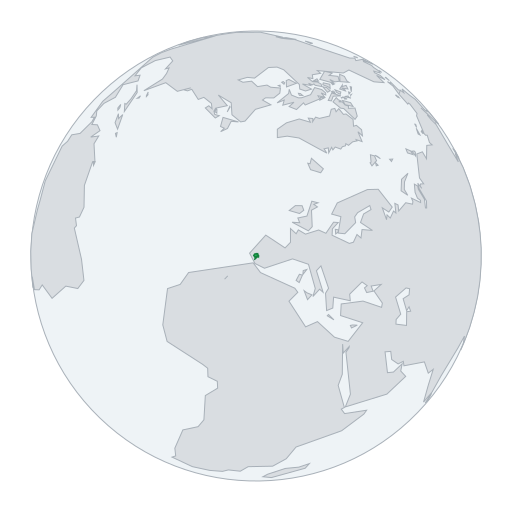 globe centered on Huelva, rotated 44°
{"feature_id": "ESP-5824", "entity_name": "Huelva", "entity_type": "Autonomous Community", "adm_level": 1, "iso_a3": "ESP", "parent_name": "Spain", "parent_adm1": "", "projection": "orthographic", "projection_center": [-6.789, 37.509], "detail": "fine", "context": "on_globe", "style": "filled", "palette": "green", "viewbox_px": 512, "rotation_deg": 44, "n_neighbors": 0, "source": "natural_earth", "source_scale": "10m", "svg_char_len": 10592}
<svg xmlns="http://www.w3.org/2000/svg" viewBox="0 0 512 512"><g transform="rotate(44 256 256)"><circle cx="256" cy="256" r="225" fill="#eef3f6" stroke="#a8b0b8"/><path d="M79.2,395.6L66.5,374.3L61.7,365.3L52.2,348.3L40.2,311.6L40.8,304.4L39.3,296.8L44.3,290.0L44.7,273.4L43.4,268.4L41.1,270.8L38.3,251.2L39.6,236.5L43.6,184.7L46.7,175.5L51.0,166.5L73.9,125.8L53.9,158.0L58.7,148.1L66.6,134.8L67.2,134.6L79.1,118.3L86.4,108.9L103.8,91.9L123.3,80.0L117.9,84.5L123.2,81.6L130.3,76.1L133.6,73.3L161.3,60.4L186.0,48.5L189.6,45.0L192.1,46.1L196.2,40.3L206.9,36.7L197.3,40.9L198.3,41.5L206.8,38.6L209.7,38.7L215.5,37.6L218.1,38.2L212.3,41.2L213.9,41.8L219.9,39.8L226.3,39.6L217.3,42.3L227.6,42.4L219.8,48.8L193.6,57.7L191.7,63.7L171.3,80.0L175.6,79.7L170.6,86.5L173.7,88.9L169.0,91.8L175.6,91.3L179.3,88.2L183.4,87.1L185.6,88.4L180.0,92.1L178.1,92.0L177.6,93.8L173.8,95.2L176.9,95.3L169.9,100.0L180.0,97.4L177.0,102.9L171.5,105.5L168.0,102.5L146.5,102.8L139.9,105.5L134.0,111.8L131.4,129.0L125.7,133.5L120.9,141.7L125.9,140.1L131.4,133.3L139.4,133.1L145.2,125.4L149.3,124.4L156.9,118.2L160.0,122.3L159.0,129.9L153.0,135.6L152.3,139.3L161.7,136.9L153.7,150.9L154.4,166.6L151.8,170.2L140.6,171.1L131.7,163.0L117.1,166.4L130.9,167.8L124.3,177.7L125.1,181.0L128.0,182.8L132.1,180.6L130.8,185.0L116.7,184.7L117.7,180.7L122.1,180.6L117.9,177.2L108.3,178.1L105.7,183.5L94.0,180.7L92.0,184.8L88.3,186.8L92.3,180.3L85.0,192.2L70.7,194.0L60.5,215.0L65.8,193.7L64.9,186.9L62.8,181.1L60.9,184.3L60.6,173.5L56.0,172.6L47.8,185.4L42.8,200.3L43.8,210.4L47.0,206.5L49.5,212.0L41.4,225.1L44.6,239.5L40.6,251.8L40.7,262.2L43.8,266.2L46.6,275.4L50.8,271.8L56.7,274.2L54.5,285.3L59.5,278.9L61.5,287.8L74.5,299.9L72.9,301.5L83.5,324.4L98.4,340.4L101.9,350.6L99.8,354.1L105.8,358.9L105.9,362.1L132.8,379.6L149.2,393.1L150.4,403.2L140.1,409.8L138.7,428.1L122.3,425.3L123.5,431.0L120.0,434.1L109.4,426.3L118.0,433.8L116.8,433.1L103.3,421.6L90.7,409.1L79.2,395.6ZM57.0,221.0L60.9,243.5L55.7,237.4L57.2,237.0L56.9,229.8L55.2,220.0L51.4,215.4L57.0,221.0ZM65.5,215.9L64.5,212.9L65.9,215.0L65.5,215.9ZM134.6,72.2L130.1,76.1L122.7,81.3L126.1,77.9L134.6,72.2ZM149.1,63.6L147.8,65.1L142.0,67.3L144.6,65.8L149.1,63.6ZM191.6,42.9L187.4,44.6L190.5,43.0L191.6,42.9ZM215.8,37.4L216.1,36.9L218.9,36.6L215.8,37.4ZM154.6,116.4L155.7,117.3L153.7,117.9L154.6,116.4ZM156.8,113.0L153.8,113.2L154.4,111.6L156.3,111.5L156.8,113.0ZM225.6,37.3L230.1,37.2L224.6,37.8L225.6,37.3ZM160.5,113.2L155.9,108.8L157.0,106.2L165.1,103.7L160.5,113.2ZM232.1,37.4L243.1,37.6L244.7,36.5L246.4,40.3L236.5,38.6L229.4,39.3L232.9,38.2L232.1,37.4ZM179.5,86.8L175.7,90.0L176.8,86.2L179.5,86.8ZM179.2,84.6L177.0,75.4L183.7,71.6L183.1,75.3L190.2,69.8L194.6,72.4L191.7,76.0L186.5,77.8L192.2,77.5L179.2,84.6ZM245.6,42.7L247.4,43.4L244.4,43.3L245.6,42.7ZM185.1,86.4L184.1,84.7L189.8,81.2L193.0,84.0L190.1,84.2L185.1,86.4ZM189.9,67.2L194.8,65.4L199.7,66.9L202.2,66.5L195.3,72.2L189.9,67.2ZM189.9,85.7L194.5,85.6L193.7,88.5L186.5,87.9L189.9,85.7ZM190.0,79.3L192.9,77.8L192.3,79.5L190.0,79.3ZM193.7,99.5L192.3,97.1L195.2,95.1L193.7,99.5ZM196.2,85.4L196.4,84.4L197.4,83.4L200.2,84.0L196.2,85.4ZM199.3,73.0L200.3,74.2L202.3,70.7L206.1,72.0L200.8,75.7L204.6,74.7L205.8,75.1L200.2,77.7L199.3,73.0ZM205.9,81.8L200.5,87.4L202.5,92.0L199.9,93.9L197.2,86.2L205.9,81.8ZM203.1,79.1L204.3,81.1L200.5,82.3L197.4,81.6L203.1,79.1ZM210.5,71.7L206.1,68.7L207.4,68.1L210.5,71.7ZM207.3,82.8L208.5,81.5L207.8,83.0L207.3,82.8ZM210.4,74.8L208.6,73.7L210.2,73.0L210.4,74.8ZM212.5,79.8L210.8,81.5L208.6,81.0L212.5,79.8ZM212.1,77.3L214.7,76.5L208.9,79.8L211.1,76.9L212.1,77.3ZM212.1,74.2L212.4,73.5L212.6,74.8L212.1,74.2ZM221.9,81.0L215.1,85.2L210.2,84.0L217.5,80.0L221.9,81.0ZM295.9,34.3L292.7,34.7L271.8,34.9L281.1,34.7L281.6,35.6L286.6,36.2L292.9,36.3L292.0,35.7L315.7,42.3L336.2,47.8L328.4,44.0L328.8,43.4L343.4,48.4L360.8,56.6L377.4,66.3L393.2,77.3L394.5,78.3L389.3,74.5L399.3,82.3L401.2,83.8L400.7,83.3L412.7,94.1L423.8,105.7L434.2,118.1L443.6,131.2L452.0,145.0L459.5,159.3L465.9,174.1L468.6,181.5L466.0,175.0L461.6,168.8L465.2,182.1L472.4,213.7L477.2,231.8L478.0,244.7L469.5,228.9L462.2,214.4L461.3,220.6L450.7,215.2L438.7,232.2L435.1,229.4L433.2,234.9L425.5,236.2L419.2,231.0L415.4,235.3L431.6,248.6L435.5,244.0L436.0,232.0L440.0,238.2L447.3,238.6L446.1,264.4L425.1,302.5L419.9,289.8L387.5,262.7L386.7,257.6L386.5,257.1L385.9,256.3L386.2,265.2L379.5,259.2L400.2,281.1L405.0,292.0L424.8,303.6L423.7,306.9L429.2,307.8L442.7,290.1L443.4,294.8L439.0,322.2L417.5,365.6L418.6,380.8L414.0,395.6L396.7,413.0L394.2,421.7L384.7,429.1L381.5,434.2L371.6,442.4L356.6,451.7L335.3,459.0L337.1,455.6L331.1,450.6L324.2,431.9L332.9,419.0L332.3,410.0L316.5,391.6L320.2,377.7L315.2,373.0L305.3,376.2L299.2,370.3L292.9,371.0L251.4,379.2L236.8,370.3L215.0,340.9L221.2,329.1L219.0,314.7L258.7,262.9L270.8,264.8L306.3,252.2L311.3,253.1L311.1,265.6L340.9,272.5L345.8,260.5L368.8,259.9L381.6,253.4L379.1,229.9L358.2,240.1L350.6,231.3L364.3,214.1L382.0,205.7L379.6,202.1L365.1,199.2L365.8,189.5L359.7,197.6L364.7,200.0L361.0,205.4L356.2,203.6L356.6,200.1L350.3,201.0L349.9,218.4L354.9,222.7L340.4,231.7L347.4,240.1L344.7,246.2L331.9,234.5L330.6,228.8L309.6,218.0L309.7,224.6L329.5,235.5L324.8,235.7L325.1,245.6L321.2,238.2L299.5,225.5L284.3,232.7L270.6,258.9L260.5,262.1L249.4,258.4L248.5,234.2L271.3,230.0L271.3,222.2L261.7,212.3L269.4,212.1L268.3,207.8L276.4,205.9L283.0,193.8L290.5,191.1L288.3,177.8L291.9,174.8L292.1,183.4L296.3,188.2L314.4,182.1L316.5,178.4L313.7,170.4L319.0,170.1L313.9,163.3L322.0,156.7L307.9,159.3L304.2,151.0L306.5,142.7L302.8,140.7L299.0,154.2L299.8,159.3L304.5,162.8L304.4,178.3L299.2,182.4L289.7,168.7L281.3,173.3L277.6,161.4L290.0,130.8L297.6,123.1L320.0,126.2L321.0,132.1L313.4,133.6L324.7,139.2L321.7,135.4L326.2,135.4L323.7,128.1L326.8,127.9L319.3,121.7L322.7,120.6L327.4,124.5L326.7,113.7L332.6,110.0L331.0,107.8L327.6,106.4L337.3,103.2L335.7,101.7L331.9,102.2L326.2,99.7L320.0,94.3L323.7,93.4L326.4,95.2L337.8,98.2L344.5,103.7L345.4,102.9L340.4,98.0L326.6,94.2L321.8,91.3L328.3,92.2L325.5,91.6L324.3,89.9L326.5,87.6L319.4,86.3L300.8,70.9L303.3,65.5L311.1,67.6L302.0,57.8L305.5,53.7L302.0,53.9L295.3,50.2L294.1,51.3L291.9,51.2L274.1,43.6L272.8,41.6L261.2,39.8L259.4,40.1L259.7,41.3L246.4,40.3L244.7,36.5L248.9,35.9L245.0,34.4L255.1,33.6L261.7,32.7L275.0,33.6L279.0,33.2L277.0,32.7L281.0,32.4L294.6,34.0L295.9,34.3ZM249.5,289.9L249.5,294.4L249.5,294.5L249.5,289.9ZM404.0,207.8L412.5,201.4L403.1,191.4L405.6,188.3L401.4,186.2L402.3,190.7L391.5,184.5L393.1,177.6L389.2,172.8L386.1,174.8L384.9,188.6L400.5,197.3L400.9,204.3L404.0,207.8ZM74.9,300.1L76.2,303.7L74.0,301.8L74.9,300.1ZM53.4,240.9L55.0,243.9L55.3,247.0L53.8,245.5L53.4,240.9ZM70.4,263.7L73.0,267.6L69.7,265.4L70.4,263.7ZM61.9,246.8L68.3,260.9L62.0,258.0L58.2,249.2L61.7,252.6L61.9,246.8ZM61.6,221.0L62.2,223.5L61.0,225.0L61.6,221.0ZM66.4,217.5L65.9,217.0L66.3,214.5L66.4,217.5ZM125.2,177.6L126.2,177.8L128.5,180.4L126.1,180.7L125.2,177.6ZM146.9,184.1L144.2,191.1L144.4,186.1L140.5,187.5L136.0,179.2L150.3,171.7L144.6,176.4L146.9,184.1ZM133.9,166.8L135.2,172.4L133.2,166.6L133.9,166.8ZM254.2,187.8L258.6,189.9L257.8,195.2L248.3,200.2L249.3,192.4L254.2,187.8ZM264.9,191.9L258.1,177.8L263.7,174.6L261.7,178.7L266.1,178.0L264.1,184.5L276.1,195.9L276.2,201.5L258.5,206.6L264.3,201.7L259.7,199.6L264.9,191.9ZM230.8,152.1L228.0,147.2L243.9,146.5L244.7,151.2L235.3,156.0L228.8,153.3L230.8,152.1ZM175.6,110.3L173.5,109.5L175.1,108.3L178.1,108.1L175.6,110.3ZM192.8,98.6L186.5,113.2L183.8,112.8L183.4,122.5L176.0,125.5L176.5,119.0L170.5,128.9L168.0,124.2L164.8,131.2L166.6,116.4L164.1,113.0L169.7,115.6L176.6,112.8L178.8,110.6L183.2,102.1L181.2,94.1L187.7,90.6L192.8,90.3L194.3,91.7L189.6,93.4L195.0,94.0L189.3,97.7L192.8,98.6ZM249.1,95.6L243.0,95.8L252.8,100.0L247.2,102.7L248.7,103.0L246.2,106.8L245.7,112.1L242.6,112.8L243.8,114.6L242.2,117.4L242.7,120.2L237.3,122.6L237.6,126.3L234.9,125.3L236.7,131.3L232.9,128.0L230.5,131.6L235.5,132.8L205.0,141.2L195.2,148.1L189.1,156.0L183.3,150.0L185.4,139.1L191.9,127.4L202.2,122.0L197.8,120.5L201.4,117.6L203.4,120.0L202.4,114.7L206.0,113.0L211.7,104.2L208.2,98.2L210.2,95.1L213.4,96.6L213.2,92.5L220.5,93.4L222.1,91.3L230.9,90.3L236.0,94.9L237.4,92.3L244.2,91.8L249.1,95.6ZM224.4,80.8L231.7,85.1L232.3,88.9L216.7,89.0L214.3,90.8L204.3,91.6L203.7,86.3L206.6,86.5L209.3,85.5L208.4,87.6L211.1,85.2L215.2,85.5L218.4,83.9L219.9,85.6L224.4,80.8ZM314.7,247.5L318.2,247.1L323.2,245.1L323.4,251.6L314.7,247.5ZM299.9,239.0L302.7,237.5L305.5,245.1L301.8,245.7L299.9,239.0ZM301.9,230.4L302.6,236.8L300.1,233.7L301.9,230.4ZM294.5,181.7L297.2,179.9L298.4,181.6L298.0,184.8L294.5,181.7ZM276.8,110.6L273.3,109.7L273.5,108.5L268.0,103.7L271.7,101.7L276.5,103.7L276.8,110.6ZM376.9,235.4L374.7,241.4L372.1,240.4L373.4,238.5L376.9,235.4ZM348.8,247.7L356.4,247.8L348.8,249.5L348.8,247.7ZM279.9,107.6L277.2,105.8L280.8,105.9L279.9,107.6ZM274.1,100.0L277.9,99.6L271.5,100.9L274.1,100.0ZM438.8,374.5L421.0,404.7L414.3,410.0L416.0,404.8L424.7,388.4L433.5,378.1L438.6,368.3L438.8,374.5ZM477.7,232.7L479.8,239.6L479.8,244.2L477.7,232.7ZM307.8,90.9L311.3,99.5L316.4,105.1L323.0,106.9L315.1,108.3L307.4,99.7L307.8,90.9ZM301.3,73.2L295.4,72.2L296.8,70.6L298.4,70.6L301.3,73.2ZM298.5,74.0L293.4,76.6L289.4,74.8L294.2,73.0L298.5,74.0ZM287.0,91.3L287.8,93.9L284.9,93.6L287.0,91.3ZM334.3,44.8L326.4,42.8L322.7,41.9L326.7,42.1L329.5,43.1L332.0,43.9L334.3,44.8ZM249.0,42.7L247.6,43.3L247.3,42.5L249.0,42.7ZM291.4,52.0L288.4,51.7L288.1,50.5L291.4,52.0ZM279.8,50.5L282.3,52.0L278.2,50.7L279.8,50.5ZM287.9,55.6L282.5,52.8L289.9,55.0L287.9,55.6Z" fill="#d9dde1" stroke="#a8b0b8" stroke-width="1"/><path d="M254.0,257.2L254.0,256.9L253.9,256.5L253.9,256.3L253.9,256.2L253.7,255.9L253.7,255.7L253.8,255.6L253.9,255.4L253.9,255.2L254.0,255.1L254.3,254.8L254.4,254.7L254.5,254.3L254.5,254.2L254.8,254.1L254.9,253.9L255.0,253.9L255.2,254.0L255.3,254.0L255.3,253.9L255.4,253.7L255.5,253.5L255.5,253.4L255.6,253.2L256.0,253.4L256.0,253.5L255.9,253.6L256.0,253.6L256.3,253.7L256.5,253.7L256.6,253.8L256.7,254.0L256.8,254.0L257.0,254.0L257.0,253.9L257.3,253.9L257.3,254.0L257.8,254.3L258.0,254.4L258.0,254.7L258.1,254.8L257.9,254.8L257.8,255.1L257.7,255.1L257.1,255.1L256.9,255.3L256.8,255.5L257.1,255.5L257.3,255.8L257.3,256.0L257.5,256.3L257.4,256.4L257.3,256.5L257.4,256.8L257.4,257.0L257.4,257.3L257.4,257.5L257.3,257.8L257.4,258.1L257.3,258.3L257.4,258.5L257.3,258.8L257.2,258.6L257.1,258.4L256.9,258.2L256.1,257.6L255.9,257.5L255.8,257.4L255.7,257.4L255.6,257.2L255.8,256.9L255.6,257.0L255.6,257.3L255.2,257.2L254.9,257.2L255.0,257.2L254.3,257.2L254.2,257.3L254.0,257.2Z" fill="#22c55e" stroke="#15803d" stroke-width="1.5"/></g></svg>